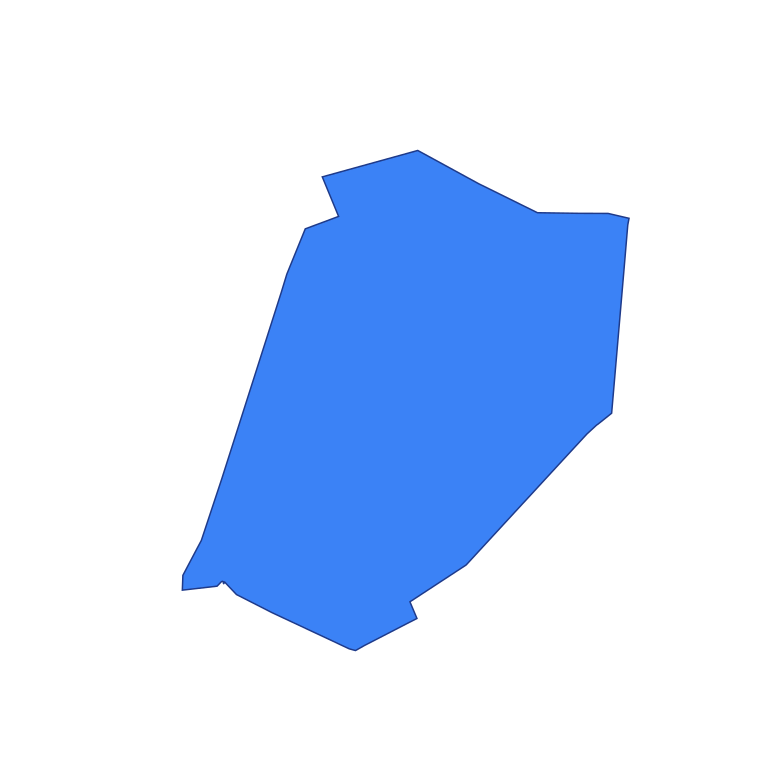 the district of Wilson, North Carolina, United States of America, rotated 313°
{"feature_id": "52423323B63255212949591", "entity_name": "Wilson", "entity_type": "district", "adm_level": 2, "iso_a3": "USA", "parent_name": "United States of America", "parent_adm1": "North Carolina", "projection": "robinson", "projection_center": [-77.978, 35.725], "detail": "fine", "context": "isolated", "style": "filled", "palette": "blue", "viewbox_px": 768, "rotation_deg": 313, "n_neighbors": 0, "source": "geoboundaries", "source_scale": "gbopen_adm2", "svg_char_len": 746}
<svg xmlns="http://www.w3.org/2000/svg" viewBox="0 0 768 768"><g transform="rotate(313 384 384)"><path d="M493.4,197.6L475.6,236.5L443.8,220.6L398.1,238.0L380.9,246.4L204.7,329.7L203.2,330.4L145.0,357.1L137.9,359.0L137.5,359.1L106.9,367.4L95.7,377.1L122.3,399.8L128.5,399.9L129.5,400.4L129.9,401.6L128.9,402.1L128.8,402.9L130.5,402.8L130.2,406.9L129.4,419.7L140.3,457.7L166.6,539.2L169.6,544.9L171.0,545.4L179.3,548.0L227.3,565.2L228.0,565.5L235.0,568.0L242.4,551.5L307.7,567.5L391.0,567.0L395.8,567.0L444.1,566.7L485.7,566.5L499.1,567.5L500.1,567.8L517.9,570.4L633.4,479.9L666.6,453.8L672.3,450.2L661.6,431.6L641.7,410.1L613.9,379.4L608.5,361.4L595.0,316.5L577.8,249.4L493.4,197.6Z" fill="#3b82f6" stroke="#1e3a8a" stroke-width="1.5"/></g></svg>